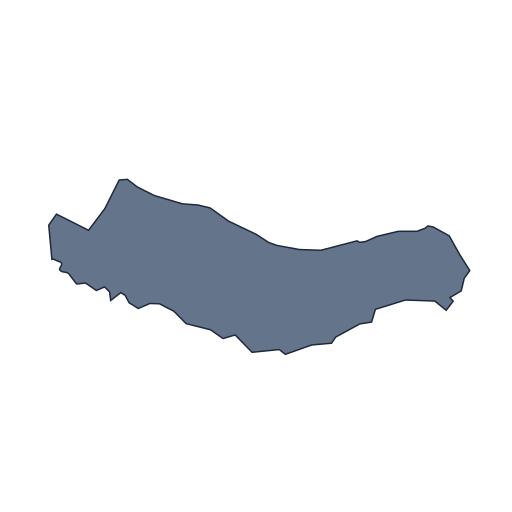 Calvert, Maryland, United States of America (Equal Earth projection), rotated 297°
{"feature_id": "52423323B93110691068578", "entity_name": "Calvert", "entity_type": "district", "adm_level": 2, "iso_a3": "USA", "parent_name": "United States of America", "parent_adm1": "Maryland", "projection": "equal_earth", "projection_center": [-76.573, 38.545], "detail": "fine", "context": "isolated", "style": "filled", "palette": "slate", "viewbox_px": 512, "rotation_deg": 297, "n_neighbors": 0, "source": "geoboundaries", "source_scale": "gbopen_adm2", "svg_char_len": 1138}
<svg xmlns="http://www.w3.org/2000/svg" viewBox="0 0 512 512"><g transform="rotate(297 256 256)"><path d="M305.3,452.2L307.0,447.7L307.2,447.8L314.6,452.5L318.1,454.7L330.1,451.8L330.8,451.6L331.0,451.7L340.1,453.1L349.7,436.9L361.7,419.0L362.3,400.6L360.8,395.5L357.4,394.0L351.1,388.2L342.6,371.6L328.5,355.0L318.6,347.0L316.1,343.4L315.2,342.1L315.4,339.2L290.5,311.1L281.5,291.8L275.0,270.2L273.8,261.2L275.4,246.4L274.6,215.9L278.0,193.3L275.1,181.2L269.0,166.5L263.7,137.8L263.6,118.9L265.9,106.6L261.6,99.6L229.5,99.8L202.9,95.1L202.7,59.2L189.4,57.3L160.3,75.7L161.3,77.1L161.3,79.9L161.8,84.7L161.3,86.1L159.8,86.8L155.2,86.8L154.4,87.6L154.0,89.3L154.1,90.7L155.3,94.7L155.4,96.7L151.6,104.7L150.3,107.3L149.7,109.0L154.5,116.4L152.8,129.4L159.7,135.1L157.5,141.9L150.4,146.7L161.9,152.1L161.6,157.2L156.7,164.2L155.8,174.9L165.5,183.0L169.6,191.7L169.5,207.9L164.0,224.5L169.6,249.0L167.5,264.1L176.2,273.3L168.4,296.2L183.2,319.2L181.7,326.8L202.0,346.0L212.6,362.9L219.9,363.8L242.6,379.3L249.6,389.0L262.7,386.6L284.6,409.1L297.0,435.7L294.0,450.1L305.3,452.2Z" fill="#64748b" stroke="#1e293b" stroke-width="1.5"/></g></svg>